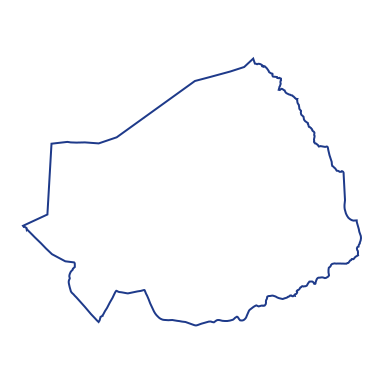 Soum, Soum, Burkina Faso (Robinson projection)
{"feature_id": "67063806B70466570504467", "entity_name": "Soum", "entity_type": "district", "adm_level": 2, "iso_a3": "BFA", "parent_name": "Burkina Faso", "parent_adm1": "Soum", "projection": "robinson", "projection_center": [-1.051, 14.286], "detail": "fine", "context": "isolated", "style": "outline", "palette": "blue", "viewbox_px": 384, "rotation_deg": 0, "n_neighbors": 0, "source": "geoboundaries", "source_scale": "gbopen_adm2", "svg_char_len": 5948}
<svg xmlns="http://www.w3.org/2000/svg" viewBox="0 0 384 384"><path d="M98.6,322.0L99.0,321.3L99.4,320.8L99.7,320.1L100.0,318.9L100.6,316.8L101.4,316.5L102.1,316.0L102.6,315.8L102.5,315.4L103.1,314.7L105.0,311.1L107.0,308.0L109.9,302.4L112.5,297.9L114.1,294.5L115.2,292.3L116.0,291.1L116.3,290.8L117.2,291.1L118.0,291.6L119.1,292.0L121.6,292.3L126.5,293.2L127.9,293.4L137.5,291.4L140.8,290.9L144.1,290.0L144.5,290.1L144.8,290.6L146.0,293.6L147.1,295.7L148.6,299.2L150.2,303.4L154.0,311.5L155.2,313.5L156.6,315.3L158.9,317.6L160.4,318.7L162.4,319.6L163.9,319.9L168.3,320.2L172.3,320.0L177.0,320.8L179.4,321.1L182.1,321.6L185.5,322.0L194.2,325.1L195.4,325.4L196.3,325.4L197.5,325.1L201.4,323.7L208.8,321.6L210.3,321.5L211.1,321.6L212.1,322.0L213.2,322.2L213.9,322.3L215.3,321.3L216.2,320.6L217.2,320.1L218.2,320.0L219.6,320.1L222.3,320.8L224.8,321.0L227.3,321.0L229.8,320.6L232.7,319.8L233.3,319.5L234.2,318.7L235.1,317.8L236.4,317.0L236.9,316.7L237.5,316.9L238.2,317.7L239.0,319.0L240.1,320.3L241.4,320.5L242.8,320.4L244.2,319.7L245.4,318.5L246.1,317.5L246.9,315.5L248.9,310.9L249.6,309.9L253.5,306.9L255.0,306.0L256.0,305.5L256.3,305.4L256.6,305.5L258.1,306.2L258.7,306.4L261.6,305.6L262.7,305.6L263.3,305.6L263.3,305.8L263.6,305.8L264.6,305.6L265.1,305.0L265.7,304.2L266.0,302.8L265.9,301.6L266.1,300.2L266.7,299.2L267.1,297.9L267.1,297.3L267.2,296.9L267.4,296.6L268.4,296.1L269.2,296.0L270.0,296.0L271.6,295.7L272.8,295.6L275.6,296.5L277.1,297.4L278.8,298.1L280.9,298.6L282.6,299.0L283.3,298.8L284.6,298.3L285.8,298.0L286.6,297.7L287.3,297.4L287.8,296.9L288.1,296.9L288.7,296.7L289.4,296.1L289.8,296.0L290.0,295.6L290.4,295.5L290.9,295.4L291.1,295.4L291.8,296.0L292.9,296.3L293.2,296.1L293.6,295.7L293.9,295.6L294.9,295.8L294.7,294.7L295.1,294.3L296.2,293.9L296.7,293.4L297.2,292.3L297.2,291.8L296.8,291.5L296.7,291.3L296.8,291.0L297.0,290.7L297.7,290.1L298.3,290.0L298.9,289.6L299.4,289.1L300.1,287.9L300.6,287.3L301.2,287.2L301.7,286.5L302.0,286.3L302.4,286.2L302.7,286.2L303.5,286.5L304.3,286.3L305.6,286.2L306.8,285.6L307.7,284.1L307.8,283.7L309.4,281.6L312.0,281.5L312.6,281.7L313.0,282.0L313.7,282.7L313.9,283.4L314.2,283.8L314.8,283.9L315.3,283.8L315.5,283.5L315.6,282.4L316.2,280.6L316.8,279.1L317.6,278.1L318.4,277.7L320.2,277.6L321.2,277.4L322.7,277.4L323.7,277.7L324.9,278.1L326.0,277.9L327.9,276.8L328.8,275.8L329.0,275.4L328.9,274.6L328.5,272.5L328.5,269.8L328.7,268.8L328.7,268.1L328.9,267.7L329.2,267.4L330.2,266.7L330.5,266.3L331.1,264.9L331.8,264.2L332.3,263.9L333.1,263.7L334.5,263.4L336.1,263.6L338.3,263.5L346.4,263.7L346.8,263.5L347.2,263.2L346.8,263.0L348.0,263.0L348.5,262.7L349.5,261.4L350.0,260.6L351.1,260.1L351.7,259.1L352.4,259.0L353.0,259.2L353.5,259.1L353.8,258.8L354.9,257.4L355.8,256.6L358.1,255.3L357.9,254.4L358.0,252.3L357.9,251.5L357.8,250.9L357.2,250.0L357.0,249.0L356.9,248.2L357.5,247.0L358.6,246.6L358.6,245.8L358.7,245.3L359.1,244.4L359.8,243.5L359.8,242.5L360.1,242.0L360.4,241.0L360.6,240.6L360.8,239.4L361.0,238.1L360.8,236.0L359.3,231.8L358.8,229.1L356.8,222.1L356.7,220.4L353.4,220.6L351.7,220.1L350.1,219.2L348.4,217.8L347.0,215.7L345.9,213.4L344.7,209.0L344.5,207.1L344.5,204.9L345.0,200.2L343.7,175.4L343.6,172.9L343.5,172.5L343.1,171.8L342.4,171.3L341.7,171.2L341.2,171.8L340.5,171.8L339.6,171.8L339.0,171.4L338.7,171.1L337.8,170.8L336.7,170.7L335.3,168.5L334.1,167.5L333.2,166.5L332.9,166.3L332.3,166.0L331.9,164.5L331.7,161.9L329.5,155.2L328.3,150.1L328.0,148.3L327.8,147.5L327.6,147.0L326.9,146.5L326.4,146.6L326.1,146.7L325.1,146.9L320.5,146.1L320.0,146.3L319.2,146.3L318.9,146.5L318.5,146.1L318.2,145.3L317.6,144.9L316.3,143.7L315.7,143.5L315.2,143.5L314.9,143.1L314.8,142.9L314.6,142.5L314.2,142.4L314.1,142.1L314.0,141.4L314.2,140.9L314.0,139.9L314.0,139.3L314.5,137.0L314.6,135.9L314.2,135.2L314.2,134.6L314.4,133.3L314.4,132.6L314.1,132.1L313.7,131.6L313.2,131.3L312.5,130.7L312.2,130.2L312.2,129.5L311.7,128.9L311.3,128.6L311.1,128.1L310.4,127.7L309.9,127.1L308.9,126.8L308.7,126.3L308.4,124.9L307.9,124.1L308.0,123.2L305.1,121.1L304.0,119.6L303.5,116.7L303.1,116.4L302.5,115.7L302.0,115.4L301.4,114.8L301.1,114.2L300.8,112.6L301.0,111.4L301.0,110.8L299.6,109.2L299.3,108.5L299.3,107.9L299.0,106.0L298.9,105.7L298.8,104.8L297.8,103.5L297.3,101.8L297.3,100.7L297.0,99.9L297.3,99.0L296.8,99.0L295.8,98.8L295.6,98.5L295.4,98.2L294.9,98.0L294.4,97.3L294.1,97.1L293.7,96.6L292.9,96.2L292.4,95.5L292.1,95.4L291.2,95.3L290.6,95.0L289.9,94.6L289.3,94.6L286.5,93.2L285.9,92.7L285.4,92.1L284.7,90.6L284.6,90.4L284.0,90.2L282.8,89.3L282.0,88.9L281.7,88.8L280.2,89.6L279.8,90.0L278.7,89.8L278.8,89.4L279.3,87.7L279.5,86.7L279.9,86.2L280.0,86.0L280.2,85.2L280.7,83.8L280.5,83.1L280.4,82.3L280.5,81.1L281.0,80.4L280.9,80.1L281.0,79.2L281.0,78.7L280.7,78.4L280.1,78.4L279.8,78.3L279.5,77.9L279.2,77.9L278.4,78.2L278.1,78.1L277.3,78.0L277.2,77.5L277.1,77.1L276.8,77.0L273.2,76.6L272.9,76.5L272.5,75.8L272.4,75.4L272.4,75.1L272.6,74.2L272.4,73.7L271.3,73.5L270.3,72.8L269.6,72.5L269.0,71.9L268.7,71.3L268.7,71.0L268.5,70.6L267.4,69.2L267.2,68.7L264.9,66.4L263.7,66.0L263.3,65.9L263.3,66.7L262.2,66.3L262.0,66.1L261.9,65.0L261.6,64.8L260.3,64.1L259.0,63.8L258.1,63.8L257.3,64.2L256.6,64.1L255.9,63.7L254.9,63.6L253.2,58.6L244.2,67.0L230.3,71.5L209.7,77.1L194.9,81.0L116.7,137.3L98.7,143.4L84.9,142.4L76.4,142.6L70.7,142.4L67.4,141.9L51.5,143.7L47.4,214.5L23.0,225.8L23.8,226.9L24.3,226.7L24.7,226.7L24.9,226.9L25.0,227.1L25.7,227.6L25.9,227.6L26.4,227.9L26.6,228.2L26.8,228.8L26.6,229.1L26.7,229.6L26.9,229.3L34.9,237.4L41.0,243.3L46.0,248.5L52.0,254.2L65.3,261.3L74.1,262.4L74.6,263.0L74.8,263.8L74.8,267.0L72.9,268.7L72.8,269.0L72.8,269.5L72.7,269.7L71.5,270.9L70.7,271.9L70.0,273.4L69.6,274.5L69.4,275.5L69.3,276.1L69.4,276.7L69.5,277.2L69.8,278.2L69.4,279.4L69.0,280.1L68.8,281.0L68.7,282.0L68.8,283.1L69.1,284.6L69.7,287.2L70.9,291.4L71.6,292.5L72.6,293.5L73.5,294.3L74.8,295.8L76.4,297.4L84.8,306.8L91.0,314.1L94.8,318.1L96.9,320.4L98.6,322.0Z" fill="none" stroke="#1e3a8a" stroke-width="2"/></svg>